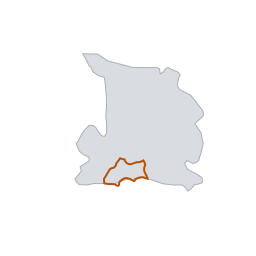 Montenegro, with Bijelo Polje highlighted, rotated 146°
{"feature_id": "MNE-1510", "entity_name": "Bijelo Polje", "entity_type": "Municipality", "adm_level": 1, "iso_a3": "MNE", "parent_name": "Montenegro", "parent_adm1": "", "projection": "orthographic", "projection_center": [19.735, 43.063], "detail": "fine", "context": "in_parent", "style": "outline", "palette": "amber", "viewbox_px": 256, "rotation_deg": 146, "n_neighbors": 0, "source": "natural_earth", "source_scale": "10m", "svg_char_len": 1925}
<svg xmlns="http://www.w3.org/2000/svg" viewBox="0 0 256 256"><g transform="rotate(146 128 128)"><path d="M113.7,42.3L113.5,43.6L113.8,47.3L115.5,51.0L121.4,54.7L130.1,62.1L140.4,75.7L145.2,79.7L149.4,80.7L157.8,86.3L163.6,87.7L170.1,89.2L187.1,100.9L194.7,104.2L200.2,108.6L200.8,112.8L200.6,115.3L190.8,118.4L189.1,123.0L184.3,122.5L178.6,122.5L176.7,125.4L179.5,130.2L181.3,135.8L179.9,143.5L179.4,144.5L178.0,144.3L169.9,148.8L163.8,150.9L158.4,151.9L155.8,149.8L154.5,146.9L154.7,138.4L153.7,135.5L151.9,134.2L148.1,136.2L143.8,142.7L139.7,150.3L133.6,158.2L128.6,165.8L123.1,175.4L119.4,183.3L123.2,187.8L125.6,194.1L124.8,198.7L125.5,201.4L124.3,209.6L124.0,214.8L112.0,206.5L107.2,194.8L89.8,175.1L69.9,161.6L68.9,159.4L70.0,156.9L71.0,154.9L66.9,154.7L63.9,156.2L61.2,155.8L58.1,150.7L55.3,146.3L55.2,142.5L56.5,142.1L58.6,140.6L62.8,136.4L63.7,134.2L63.5,130.8L57.8,120.0L57.1,113.1L56.4,100.2L57.7,97.2L59.9,95.7L70.1,94.3L70.1,84.2L70.8,81.2L72.9,77.1L74.2,73.3L79.9,67.9L87.7,61.5L91.0,61.3L94.0,62.2L97.2,67.9L100.9,67.2L101.7,60.4L97.0,51.6L94.6,45.9L95.4,42.8L97.2,41.2L101.2,42.3L105.1,43.9L107.5,42.8L111.4,42.1L113.7,42.3Z" fill="#d9dde1" stroke="#a8b0b8" stroke-width="1"/><path d="M140.2,75.0L140.3,75.1L142.6,78.2L143.9,79.4L145.5,80.2L148.8,81.3L150.5,81.4L151.4,81.1L152.1,80.5L152.7,80.5L154.9,84.6L156.3,86.4L157.8,87.7L159.6,88.4L162.1,88.5L164.7,88.3L165.5,87.8L167.3,85.9L168.0,85.5L169.0,85.9L169.5,86.7L170.0,87.8L170.5,88.8L171.3,89.5L175.8,92.7L178.5,95.3L178.6,95.5L176.4,99.2L174.5,100.1L172.1,101.1L171.4,101.6L169.2,102.5L166.4,103.9L164.6,103.9L161.6,103.0L159.2,103.7L157.3,105.3L154.9,106.0L151.5,107.3L149.8,105.1L148.4,103.9L148.9,102.5L148.8,99.9L147.7,97.8L145.7,96.3L142.2,95.4L139.9,94.8L139.3,94.3L137.6,93.3L134.7,92.6L133.4,92.5L133.5,90.4L134.4,87.6L136.5,86.3L137.8,84.7L138.7,82.9L139.1,80.6L139.3,77.9L140.2,75.0Z" fill="none" stroke="#b45309" stroke-width="2"/></g></svg>